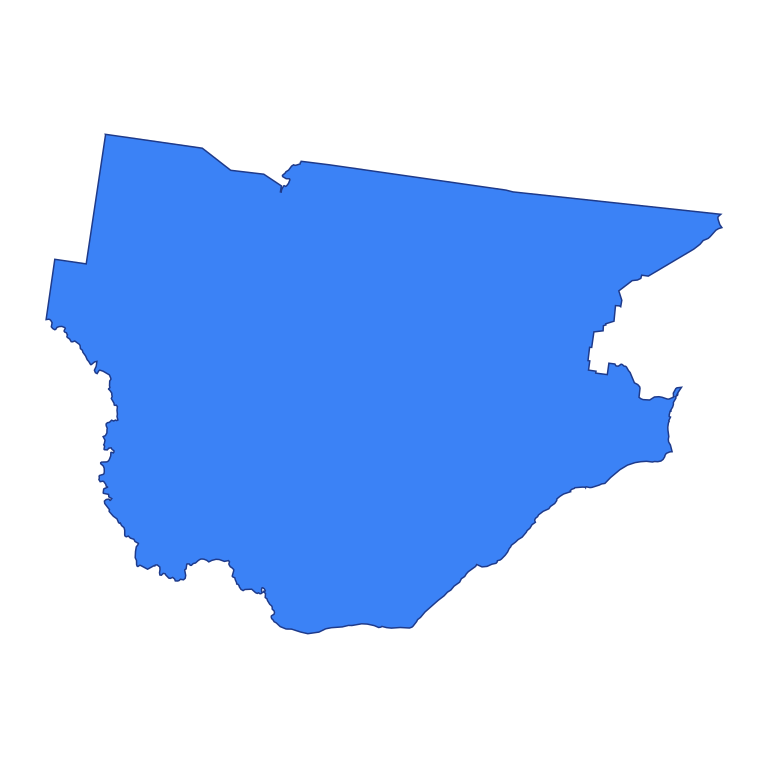 Wyndham, Victoria, Australia
{"feature_id": "25037944B15313699759774", "entity_name": "Wyndham", "entity_type": "district", "adm_level": 2, "iso_a3": "AUS", "parent_name": "Australia", "parent_adm1": "Victoria", "projection": "mercator", "projection_center": [144.582, -37.893], "detail": "fine", "context": "isolated", "style": "filled", "palette": "blue", "viewbox_px": 768, "rotation_deg": 0, "n_neighbors": 0, "source": "geoboundaries", "source_scale": "gbopen_adm2", "svg_char_len": 6070}
<svg xmlns="http://www.w3.org/2000/svg" viewBox="0 0 768 768"><path d="M720.8,214.3L513.0,191.9L506.0,190.1L329.3,164.8L301.2,161.3L301.0,162.0L300.4,162.4L300.2,163.9L295.8,165.3L294.8,165.3L293.6,164.8L291.6,166.1L288.6,170.1L285.9,171.8L285.3,172.9L282.5,175.3L282.4,175.9L282.8,176.7L286.2,178.7L289.5,178.8L289.9,179.9L288.5,183.4L286.8,185.6L285.7,186.4L284.1,185.7L283.5,186.1L281.6,189.7L281.2,192.1L280.4,191.9L281.4,185.9L263.8,174.2L230.7,170.3L202.3,148.2L105.3,134.3L105.5,135.1L86.2,263.9L54.8,259.3L46.1,319.6L48.6,319.2L49.8,319.5L50.7,320.3L52.1,322.7L51.3,326.8L52.8,328.6L54.7,329.7L55.7,329.4L57.0,327.4L59.1,326.6L61.9,326.4L64.8,327.6L65.3,328.4L64.2,330.4L64.2,331.4L64.8,332.1L66.5,332.8L66.9,334.1L67.5,334.8L66.9,336.4L67.2,337.3L69.6,339.0L71.2,341.7L72.6,341.8L74.8,341.0L79.4,344.4L80.1,345.7L80.4,348.6L82.4,350.3L82.9,352.3L85.6,356.0L87.2,359.7L88.7,361.4L90.6,364.6L91.3,364.6L94.6,361.9L96.9,361.4L96.2,366.3L94.4,370.2L95.4,372.7L97.1,373.6L98.9,370.7L99.7,370.1L103.1,371.2L109.4,374.9L110.8,378.3L110.9,379.3L109.7,381.0L109.5,385.8L109.9,387.7L108.6,388.8L108.6,389.2L110.0,390.5L111.8,393.2L111.8,394.9L112.2,396.4L111.3,398.5L114.0,403.2L114.2,405.0L115.0,405.4L116.2,405.1L117.4,406.6L117.0,410.3L117.4,414.2L117.0,416.6L117.9,420.0L116.8,420.6L115.5,420.1L113.6,421.0L111.6,420.2L109.4,422.3L107.4,422.7L106.1,424.0L106.2,425.8L107.3,428.3L107.0,429.4L106.9,432.9L105.4,435.6L103.1,436.6L105.0,440.2L104.3,443.7L103.7,444.8L104.6,446.1L104.0,449.2L104.4,449.7L107.3,449.9L108.8,448.2L111.1,447.8L112.1,449.5L113.9,450.7L114.0,451.9L113.3,452.9L111.8,452.3L110.9,452.5L110.7,456.0L109.2,459.8L107.9,461.4L106.7,461.9L101.6,462.1L100.7,462.7L100.7,463.7L103.2,465.9L103.7,467.0L104.2,468.3L104.3,471.7L104.0,473.6L103.3,474.3L99.5,475.5L99.1,476.2L99.3,478.0L98.9,479.6L100.2,481.7L102.7,481.2L103.7,481.5L105.8,484.4L106.1,486.0L107.5,486.9L107.5,487.3L106.3,487.5L105.7,488.2L104.8,488.3L103.7,489.0L103.2,492.6L103.4,493.3L108.6,494.4L108.8,496.8L111.8,498.6L110.4,500.4L109.9,500.4L109.2,499.3L108.5,499.1L106.2,499.5L104.4,501.1L104.7,503.5L109.5,509.7L109.1,511.0L109.2,511.5L113.3,516.2L117.0,518.9L118.6,522.7L119.7,523.3L120.3,523.0L121.6,525.6L124.0,527.6L124.7,530.2L124.7,535.0L125.0,536.0L126.2,536.8L128.4,536.1L130.4,538.1L133.9,539.3L135.0,541.5L138.4,543.4L137.9,544.8L136.3,546.8L135.5,551.5L135.2,557.7L136.5,560.5L136.6,564.8L137.2,566.2L137.9,566.5L139.7,565.3L140.5,565.4L147.6,569.2L153.8,565.8L154.8,566.0L155.2,565.1L157.2,564.9L159.8,567.0L160.0,569.5L159.5,572.8L159.9,575.0L161.4,575.2L163.2,573.4L165.1,573.7L165.8,575.0L168.8,578.1L170.2,578.4L172.7,577.4L174.6,579.0L175.3,580.9L177.7,581.0L179.0,580.6L180.4,579.3L183.5,579.8L185.2,578.3L185.7,575.4L184.7,570.2L184.9,569.6L186.1,568.9L186.7,564.6L187.1,563.9L189.4,564.0L190.2,565.3L191.4,565.3L193.3,563.5L195.5,563.0L198.4,560.4L200.4,559.2L201.8,559.0L204.0,559.2L206.9,560.4L208.8,561.9L211.8,560.4L216.0,559.3L219.2,559.5L224.4,561.4L228.5,560.6L229.5,561.9L228.9,563.7L229.0,564.6L230.4,566.9L231.5,567.4L233.7,569.5L233.7,570.8L232.2,576.1L232.8,576.9L234.8,577.8L235.3,579.8L236.6,582.7L236.7,584.0L237.9,584.3L239.0,585.5L239.3,586.8L241.0,589.4L243.1,590.6L244.9,589.5L251.7,589.2L255.6,592.7L257.3,593.4L258.4,592.8L260.1,593.8L261.3,593.5L263.0,592.1L262.1,592.6L261.7,591.8L261.5,589.2L262.1,587.8L262.7,587.7L264.3,588.8L265.3,590.7L264.8,591.4L263.8,591.2L263.5,591.8L265.5,593.5L265.2,597.5L267.0,598.9L267.5,600.6L269.7,604.2L271.8,606.1L272.2,607.4L272.2,609.1L274.1,610.9L274.5,612.6L274.1,614.1L271.4,615.9L271.2,617.0L271.7,618.7L272.8,619.6L274.1,621.7L276.3,622.9L280.2,626.6L286.1,629.0L291.5,629.1L300.5,632.0L307.8,633.7L318.9,632.1L325.7,628.8L331.3,627.7L342.3,626.9L348.5,625.4L351.9,625.5L361.7,623.8L367.4,624.1L374.3,625.6L378.7,627.5L380.9,627.1L381.9,626.4L386.6,627.6L391.4,628.1L400.3,627.5L409.5,628.0L412.0,627.1L413.1,626.1L416.6,621.6L417.6,619.6L420.5,617.4L425.0,612.0L438.1,600.4L444.1,595.8L447.4,592.2L450.9,590.0L454.1,586.1L459.6,582.2L461.4,578.7L464.7,576.5L466.3,573.9L468.3,571.7L475.6,566.4L476.7,564.5L482.0,566.9L487.1,566.4L491.9,564.2L496.0,563.3L497.1,562.1L497.4,560.7L500.1,560.0L501.5,559.0L505.3,555.1L507.6,552.0L509.2,548.6L510.8,546.7L511.3,545.3L515.5,542.1L518.1,539.6L522.2,537.1L526.3,532.2L527.1,530.6L530.0,528.1L532.0,524.7L535.4,522.3L534.7,520.6L534.8,519.6L535.7,518.1L537.6,516.7L538.5,514.9L543.2,511.3L548.8,508.8L550.4,506.5L554.8,503.4L556.7,500.6L556.9,498.9L560.0,496.3L563.6,494.0L570.6,491.7L570.1,491.1L570.3,490.6L572.0,489.2L574.3,488.4L574.9,487.7L582.4,487.1L585.3,487.2L585.6,487.7L585.8,487.0L586.3,486.8L589.9,487.6L591.9,487.4L599.2,485.1L601.7,483.9L604.9,483.4L610.6,477.5L619.9,469.7L627.5,465.1L635.1,462.6L640.7,461.7L646.5,461.3L652.4,462.0L654.6,461.5L657.8,461.7L661.0,461.0L663.1,459.4L664.8,456.6L664.8,455.8L665.8,454.0L666.7,453.2L669.8,451.9L672.1,451.7L670.4,445.0L668.6,441.9L668.3,439.3L668.8,436.5L667.9,429.9L667.8,427.2L668.4,423.0L669.2,421.1L668.8,420.5L670.5,417.1L669.2,416.5L669.2,414.8L670.1,411.4L671.0,411.2L671.0,410.5L670.7,410.3L672.6,407.1L673.4,404.5L673.4,402.4L675.9,398.2L675.9,396.9L675.3,396.7L677.5,395.3L677.7,394.5L676.9,394.8L677.7,393.0L681.5,387.3L677.0,387.8L675.8,388.6L673.3,393.2L673.5,395.9L673.2,397.3L668.9,399.1L667.2,399.0L662.2,397.3L658.9,396.7L654.4,397.0L649.7,400.0L643.0,399.6L640.8,398.7L639.0,397.3L640.0,388.4L639.7,386.8L637.8,384.6L634.4,382.8L630.1,372.5L628.5,370.6L626.5,367.1L625.6,366.3L624.2,366.2L622.2,364.5L621.1,364.2L618.4,366.1L616.8,366.1L615.8,365.7L614.9,364.0L608.9,363.2L607.3,374.6L595.7,373.1L596.0,371.2L588.5,370.1L589.8,360.9L588.0,360.6L589.6,347.3L591.7,347.4L593.9,331.9L603.1,330.8L603.4,325.7L605.9,324.9L605.7,323.8L614.0,321.2L615.5,305.6L619.5,305.9L620.7,306.7L621.8,300.3L618.8,290.9L632.2,280.6L637.5,280.0L640.8,278.4L641.7,275.2L648.3,276.1L693.8,249.1L700.1,244.2L703.2,240.5L708.2,238.4L710.1,236.7L715.9,230.2L718.6,228.6L721.9,227.6L719.8,224.6L718.0,219.1L717.9,217.5L718.3,216.5L720.8,214.3Z" fill="#3b82f6" stroke="#1e3a8a" stroke-width="1.5"/></svg>